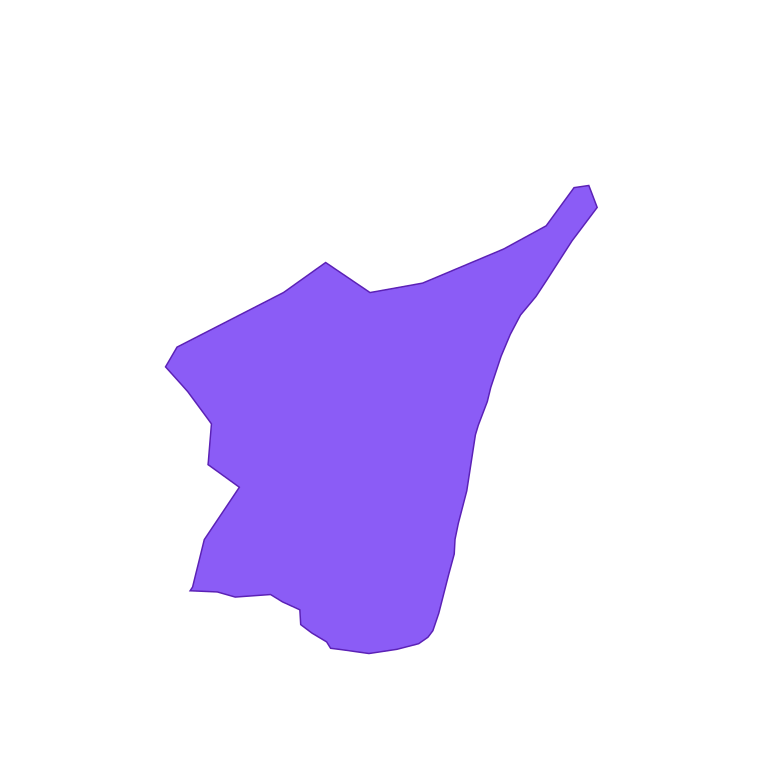 Zongo, Équateur, Democratic Republic of the Congo (Natural Earth projection), rotated 217°
{"feature_id": "63176286B53748739739840", "entity_name": "Zongo", "entity_type": "district", "adm_level": 2, "iso_a3": "COD", "parent_name": "Democratic Republic of the Congo", "parent_adm1": "Équateur", "projection": "natural_earth1", "projection_center": [18.69, 4.178], "detail": "fine", "context": "isolated", "style": "filled", "palette": "violet", "viewbox_px": 768, "rotation_deg": 217, "n_neighbors": 0, "source": "geoboundaries", "source_scale": "gbopen_adm2", "svg_char_len": 915}
<svg xmlns="http://www.w3.org/2000/svg" viewBox="0 0 768 768"><g transform="rotate(217 384 384)"><path d="M414.4,102.2L392.0,117.6L374.6,124.3L347.9,147.6L333.9,148.9L315.3,153.0L305.7,141.7L291.6,141.7L274.6,143.5L267.6,140.8L258.2,146.2L233.8,159.7L214.0,179.9L200.0,197.5L196.5,208.3L196.5,216.4L202.3,233.9L217.5,270.3L225.6,290.5L233.8,302.7L240.8,317.5L253.6,348.5L280.4,398.4L283.9,407.9L290.9,432.1L296.7,445.6L307.2,476.7L313.0,499.6L316.5,521.2L315.3,545.4L316.5,564.3L320.0,611.5L320.0,653.3L333.0,661.5L339.9,665.8L350.4,655.2L349.7,607.9L369.7,563.8L378.6,548.5L413.9,487.8L450.2,448.6L503.7,445.9L507.0,435.6L519.3,396.6L571.5,288.9L569.2,269.6L568.8,266.2L546.1,261.8L536.2,259.8L505.3,250.6L497.8,248.3L487.7,232.3L477.7,216.5L476.0,213.7L467.3,213.9L437.4,214.5L436.7,202.4L433.9,151.6L424.6,129.9L420.2,119.5L414.7,106.7L414.4,102.2Z" fill="#8b5cf6" stroke="#5b21b6" stroke-width="1.5"/></g></svg>